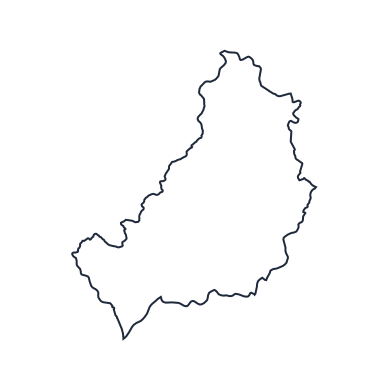 Melawi, Kalimantan Barat, Indonesia, rotated 158°
{"feature_id": "22746128B3341090541732", "entity_name": "Melawi", "entity_type": "district", "adm_level": 2, "iso_a3": "IDN", "parent_name": "Indonesia", "parent_adm1": "Kalimantan Barat", "projection": "albers", "projection_center": [111.782, -0.735], "detail": "fine", "context": "isolated", "style": "outline", "palette": "slate", "viewbox_px": 384, "rotation_deg": 158, "n_neighbors": 0, "source": "geoboundaries", "source_scale": "gbopen_adm2", "svg_char_len": 5942}
<svg xmlns="http://www.w3.org/2000/svg" viewBox="0 0 384 384"><g transform="rotate(158 192 192)"><path d="M326.3,179.6L326.3,177.9L325.9,176.3L324.4,174.4L324.6,171.8L326.1,167.9L326.0,166.2L324.6,162.8L324.8,160.2L325.4,158.6L325.4,157.9L325.3,157.0L324.7,156.4L321.5,154.0L320.1,152.6L319.8,151.0L320.4,147.4L320.6,142.7L320.1,141.0L319.2,139.6L318.0,138.3L316.7,136.0L316.6,133.5L317.8,131.1L318.3,129.1L317.5,125.4L316.5,123.9L315.5,123.0L309.5,119.5L308.5,116.5L309.0,115.5L309.0,115.2L308.6,114.7L308.2,114.6L307.7,114.0L307.7,113.3L308.0,112.8L308.5,112.5L309.1,106.4L308.4,104.3L308.7,103.3L308.5,102.5L308.4,91.5L309.0,86.8L309.5,84.8L309.9,83.8L310.0,83.1L310.6,81.6L309.0,82.0L306.7,83.0L302.7,85.7L298.3,89.2L295.9,90.6L292.5,91.4L288.1,91.6L285.6,92.4L283.1,93.6L279.3,96.0L274.6,101.0L272.6,102.4L270.6,103.3L265.7,104.9L264.0,105.6L260.2,106.4L260.6,103.2L260.2,101.6L259.6,100.7L257.9,99.3L251.8,97.1L246.0,94.2L244.4,92.6L242.1,89.6L240.6,88.4L239.1,88.1L238.1,88.4L234.0,90.8L232.1,90.7L231.3,90.2L230.8,89.7L228.7,86.6L227.0,84.8L225.4,84.3L223.2,84.4L222.4,84.5L218.7,86.0L217.5,87.3L215.7,90.3L213.9,92.1L212.3,92.5L208.1,92.9L207.4,92.3L206.3,90.2L205.8,87.9L205.4,87.0L203.6,85.3L202.1,84.4L201.2,83.9L199.2,83.5L196.0,81.3L194.5,80.8L193.7,80.7L192.6,80.8L190.2,81.4L189.4,81.1L186.9,79.5L182.9,75.8L180.6,74.5L179.8,74.3L179.1,74.2L177.6,74.8L175.9,76.4L174.7,76.4L173.3,74.7L172.6,74.1L172.4,73.3L171.3,74.0L167.1,80.2L166.6,81.5L165.2,83.5L164.0,84.7L162.0,85.5L159.0,86.2L157.3,83.2L156.2,82.5L154.3,84.5L150.4,87.6L148.6,89.8L145.4,90.1L142.1,89.3L135.4,89.4L133.1,90.0L130.8,91.1L129.7,92.7L128.0,94.5L127.5,95.6L127.4,96.5L127.7,99.6L127.4,102.5L126.1,105.6L125.1,113.8L124.0,115.3L121.9,116.0L119.1,116.6L116.2,116.8L114.5,116.7L112.7,116.2L110.0,116.3L108.3,117.5L106.7,119.0L106.1,120.0L105.5,122.1L104.6,122.7L102.9,123.1L101.8,122.9L100.7,123.4L99.6,124.6L98.3,127.4L97.6,128.1L94.8,130.0L95.1,130.7L96.3,131.8L96.0,132.5L95.5,133.1L93.4,134.5L92.7,134.7L91.1,134.7L90.3,135.0L89.6,137.0L88.0,137.7L87.0,138.7L86.4,139.7L84.8,141.2L84.0,142.4L83.7,144.4L82.9,146.0L81.9,147.2L80.6,148.2L79.1,149.0L76.8,149.2L75.2,150.1L76.8,151.8L77.8,153.1L78.7,155.3L79.1,157.5L80.0,158.0L80.5,159.4L81.7,160.5L82.6,162.8L82.8,162.9L84.0,162.4L87.9,162.6L88.1,163.0L88.4,165.3L88.1,166.6L87.8,167.0L86.9,167.7L84.3,169.1L84.2,170.3L84.0,170.7L79.1,176.8L79.1,177.7L80.2,179.1L81.7,181.6L82.8,183.0L83.2,184.1L83.2,185.1L82.8,186.4L83.0,188.7L82.2,191.5L82.1,191.9L81.3,192.3L80.6,193.2L80.8,194.1L81.6,201.7L77.4,210.5L77.2,211.3L78.3,213.4L78.5,214.4L78.1,216.1L78.3,217.6L77.2,219.1L75.9,220.4L75.2,220.9L74.2,221.0L73.6,220.9L71.7,218.5L70.4,217.4L69.0,217.1L68.2,217.2L67.6,217.5L66.9,218.2L66.0,219.8L67.5,222.0L68.4,224.0L69.0,225.7L68.8,226.9L68.6,227.2L66.0,228.8L65.5,229.0L63.2,229.3L61.8,230.1L61.2,230.7L59.7,231.1L59.2,231.7L59.1,232.7L57.9,233.7L57.7,234.1L57.7,235.2L58.6,236.5L59.4,236.9L63.7,237.0L64.5,237.3L64.9,237.8L64.8,238.3L64.1,240.4L63.6,246.3L65.4,246.8L74.5,247.8L76.0,248.6L77.1,249.6L78.4,251.9L79.8,252.8L82.2,256.2L82.5,256.3L83.0,257.4L87.9,264.4L88.0,265.2L88.0,266.0L87.6,267.5L87.7,269.9L87.2,271.9L82.2,279.8L81.9,281.4L82.7,283.5L84.3,284.3L85.8,285.5L86.9,286.6L87.0,287.6L86.2,290.9L86.3,291.8L86.9,293.6L88.0,295.5L89.1,296.4L90.9,296.4L95.2,295.8L96.7,296.0L97.5,296.2L97.9,297.2L97.6,299.0L97.6,301.2L97.9,303.3L98.1,303.7L99.7,305.0L105.7,307.8L108.9,310.7L113.4,310.3L114.0,309.6L113.3,308.1L112.4,306.8L112.1,306.0L111.6,304.2L111.5,300.7L112.6,298.9L115.0,297.6L119.0,296.2L120.2,295.5L124.0,289.6L127.2,287.9L128.9,287.4L133.7,287.3L135.8,288.6L138.0,289.2L139.5,288.8L142.5,287.4L144.7,286.5L145.5,285.5L146.3,285.0L147.5,282.7L148.0,282.1L148.3,281.0L148.0,279.2L147.3,278.1L146.0,273.9L147.0,270.7L147.6,269.5L148.3,266.7L149.6,265.4L150.5,264.0L153.8,261.2L156.1,260.3L158.5,259.0L159.4,257.8L159.5,255.8L158.3,253.2L158.0,252.0L158.0,250.8L158.9,247.2L159.0,244.6L159.5,244.0L160.0,242.5L160.5,241.9L162.1,240.8L162.3,239.7L162.6,239.3L163.3,238.8L165.1,239.0L165.9,238.7L167.8,238.0L169.0,237.1L170.8,236.8L172.5,236.1L174.8,235.5L175.4,234.7L175.4,234.0L175.1,233.7L175.6,233.3L177.6,233.2L181.6,231.7L182.0,231.3L182.6,229.1L183.2,228.2L184.5,227.4L186.3,227.4L190.6,226.8L193.5,227.1L195.4,226.8L197.4,226.9L198.9,227.3L199.6,227.2L200.8,226.2L203.3,224.8L204.2,223.4L204.5,222.4L205.0,221.8L209.9,218.5L210.3,217.9L211.5,216.8L211.6,216.1L211.5,214.6L211.8,213.8L212.2,213.2L213.7,212.9L214.4,213.0L215.3,213.0L216.5,213.6L217.5,213.6L218.0,213.2L218.2,212.5L218.1,209.2L218.8,208.1L219.1,206.2L219.1,205.6L218.7,205.0L218.6,204.2L218.9,203.7L219.6,203.3L221.6,203.4L223.8,202.4L225.3,202.4L225.9,202.6L226.6,203.1L228.4,204.7L230.2,205.1L232.2,204.9L233.3,205.0L234.5,204.6L235.1,204.2L237.1,203.9L238.1,203.1L238.8,202.9L239.2,202.5L240.0,201.0L240.8,200.4L242.5,199.8L243.6,199.1L243.6,197.4L243.4,196.8L242.8,196.1L242.8,195.3L243.1,194.6L243.6,194.0L245.5,193.4L246.8,192.7L247.7,191.6L249.0,190.6L250.0,189.4L250.7,187.1L251.0,186.7L251.5,185.4L252.7,184.7L253.3,184.5L256.1,185.3L258.0,187.6L263.7,191.0L266.0,190.3L269.4,190.1L269.8,188.8L269.7,188.1L268.4,186.1L268.4,184.7L267.5,183.0L267.6,182.5L269.0,182.1L269.4,181.5L269.4,180.1L269.6,179.2L269.3,177.2L270.0,173.6L270.6,172.9L272.8,172.0L275.2,171.6L275.8,170.9L276.1,169.0L276.5,168.1L277.2,167.8L280.7,168.1L281.3,168.4L283.1,170.0L285.6,171.6L288.4,173.6L289.1,174.4L290.0,176.0L290.4,177.1L291.4,178.8L291.4,180.0L291.8,181.0L292.4,181.6L293.4,184.3L294.3,185.0L294.7,185.6L294.7,186.4L295.4,187.3L296.4,189.1L297.3,189.5L298.9,189.2L299.6,188.5L300.1,187.7L302.1,187.1L303.5,186.1L304.4,186.0L305.2,187.6L305.8,188.1L310.5,187.0L311.3,187.7L311.8,187.7L313.5,186.5L314.5,186.2L315.3,185.7L315.7,184.3L316.1,183.7L317.4,182.4L318.3,182.3L319.2,181.4L319.9,179.7L320.6,179.3L322.8,179.5L324.2,180.2L324.9,180.2L325.6,180.1L326.3,179.6Z" fill="none" stroke="#1e293b" stroke-width="2"/></g></svg>